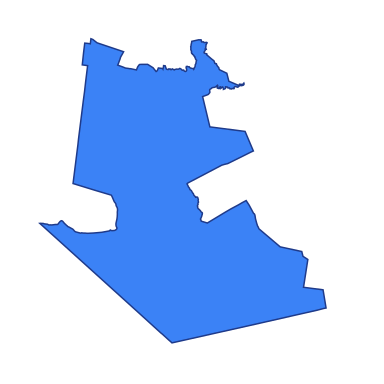 the district of Mwatate, Coast, Kenya, rotated 7°
{"feature_id": "3690345B41305477432813", "entity_name": "Mwatate", "entity_type": "district", "adm_level": 2, "iso_a3": "KEN", "parent_name": "Kenya", "parent_adm1": "Coast", "projection": "orthographic", "projection_center": [38.365, -3.735], "detail": "fine", "context": "isolated", "style": "filled", "palette": "blue", "viewbox_px": 384, "rotation_deg": 7, "n_neighbors": 0, "source": "geoboundaries", "source_scale": "gbopen_adm2", "svg_char_len": 5814}
<svg xmlns="http://www.w3.org/2000/svg" viewBox="0 0 384 384"><g transform="rotate(7 192 192)"><path d="M339.2,290.8L334.0,273.1L314.3,273.0L315.2,244.9L310.0,242.3L308.2,237.7L286.2,235.7L263.1,220.5L262.6,219.9L262.3,219.2L262.1,218.8L261.3,217.9L260.0,215.1L258.3,210.9L257.4,207.7L256.9,206.6L256.5,206.1L255.7,205.7L250.4,198.2L246.8,193.9L243.2,196.4L239.8,199.0L232.7,204.0L227.3,208.1L211.0,220.9L205.1,219.9L204.5,219.6L204.4,218.8L203.8,218.1L203.7,217.7L204.0,217.1L204.3,215.9L204.5,215.4L204.6,214.6L204.7,214.3L204.7,213.5L204.9,213.2L204.8,212.5L204.9,212.1L204.9,211.7L204.5,211.1L204.1,211.0L203.2,210.4L202.7,209.6L202.0,209.1L201.7,208.8L201.4,208.5L200.3,207.9L199.6,207.0L199.4,205.7L199.0,205.2L199.1,204.8L199.2,204.2L199.5,203.8L199.5,203.4L199.3,202.8L199.2,202.5L199.3,202.1L199.6,201.6L199.7,201.2L199.5,200.9L199.4,200.4L199.1,199.9L199.1,199.5L199.2,198.7L199.1,198.3L198.6,197.5L198.4,196.8L198.2,196.6L197.5,196.3L197.2,196.4L196.8,196.7L196.5,196.8L196.2,196.8L195.7,196.0L195.1,195.7L194.8,195.4L194.5,195.2L194.3,195.0L193.6,193.6L192.9,193.0L192.6,192.5L192.1,192.0L191.2,190.7L190.1,190.0L189.7,189.9L189.3,189.1L189.2,188.7L188.9,188.5L188.5,187.9L187.8,187.4L187.7,187.1L187.5,186.7L187.3,186.4L187.1,186.0L186.4,185.1L186.1,184.4L186.4,184.0L187.3,183.2L218.2,161.8L220.7,160.7L222.2,160.1L223.4,159.7L224.1,159.4L245.3,145.4L247.9,143.8L237.3,125.4L201.8,125.2L190.9,96.0L195.2,93.8L196.2,93.2L196.6,92.7L197.4,91.4L197.6,90.9L197.5,90.4L197.1,88.7L197.1,88.3L197.4,87.8L198.5,87.0L198.9,86.4L199.5,86.0L200.1,85.7L201.1,85.5L201.7,85.3L202.6,84.8L204.3,82.9L204.5,83.1L204.5,83.5L204.1,83.6L204.1,84.1L204.4,84.3L204.6,84.5L204.3,85.1L204.3,85.5L204.5,85.8L205.1,85.8L205.5,86.0L205.7,85.6L206.0,85.5L206.3,85.8L207.3,86.0L207.3,85.6L206.9,85.5L206.6,85.2L207.0,84.2L207.4,84.1L207.8,84.3L207.9,85.0L208.4,85.2L208.6,84.7L209.0,84.5L209.5,84.0L209.8,84.1L210.0,84.5L210.2,84.9L210.6,85.5L210.7,86.3L212.2,85.5L212.5,85.1L212.8,84.3L212.7,84.0L212.5,83.8L212.5,83.5L212.8,83.4L213.3,83.5L214.1,83.5L214.5,83.6L215.0,84.4L215.4,84.4L216.1,84.1L216.5,84.2L217.1,85.0L217.6,84.8L218.3,85.0L218.8,84.9L219.0,84.5L219.7,84.4L220.1,84.2L220.5,84.3L220.9,84.4L221.2,84.2L220.9,83.4L221.0,83.1L221.8,82.2L222.1,82.0L222.5,82.0L223.3,82.3L224.0,82.2L224.4,82.4L224.7,82.4L225.1,82.0L226.1,80.9L226.8,80.5L227.1,80.4L227.9,80.5L229.1,80.1L229.8,79.8L230.4,79.1L230.5,78.8L230.4,78.0L230.2,77.6L229.7,78.3L229.3,79.1L226.0,79.2L225.6,80.6L215.1,77.6L212.1,69.9L204.7,67.4L204.4,67.2L204.1,66.9L203.9,66.6L203.4,65.3L203.0,64.9L202.0,64.1L201.7,63.7L201.1,62.8L200.3,62.0L200.4,61.7L199.0,61.5L198.8,61.1L197.8,59.1L195.1,57.5L190.0,54.1L189.9,53.8L190.0,53.3L189.7,53.0L188.5,52.9L187.3,52.6L187.0,52.2L187.0,51.6L187.1,51.2L187.6,50.3L187.9,49.5L187.7,48.6L188.7,48.6L188.4,48.0L187.9,46.6L188.0,46.3L188.1,45.3L188.0,44.9L188.0,44.5L187.9,44.1L188.2,43.8L188.4,43.0L188.8,42.3L188.8,42.0L188.5,41.8L188.2,41.7L187.5,41.9L186.1,42.1L185.7,42.2L185.0,41.6L184.6,41.6L183.9,41.8L183.6,41.8L183.2,41.8L183.0,41.5L182.9,41.3L182.8,40.3L182.6,40.0L182.3,39.8L181.6,40.0L180.1,40.1L176.7,41.3L173.4,42.5L173.4,44.0L173.2,45.4L173.2,47.3L173.0,48.0L173.3,48.9L173.5,51.0L174.4,52.3L174.4,52.7L174.3,53.0L174.4,53.3L174.5,53.6L174.6,54.1L174.8,54.4L175.2,54.5L175.5,54.7L175.5,55.0L175.7,55.3L176.1,55.5L176.4,55.6L176.6,55.8L176.9,56.0L177.3,56.4L177.6,57.0L177.9,57.1L178.5,57.6L178.5,58.3L179.1,58.8L179.3,59.6L179.9,60.3L180.5,60.7L180.3,61.4L180.2,63.2L180.3,63.7L180.2,64.0L179.7,65.4L179.8,67.0L179.4,68.1L178.9,68.8L179.0,69.6L178.8,70.0L178.5,69.5L178.2,69.3L177.3,69.4L176.3,69.2L175.4,69.2L174.5,68.6L173.9,68.0L173.5,68.1L173.0,68.2L172.7,68.2L172.3,67.9L171.9,67.9L171.1,68.1L171.0,69.2L171.0,69.6L171.5,70.2L171.7,71.1L171.9,71.5L171.7,72.4L171.5,72.7L170.8,73.2L169.8,73.0L169.5,72.8L168.9,72.0L168.5,72.0L167.9,72.3L167.4,72.3L166.7,71.7L166.3,71.5L165.9,71.1L164.9,70.8L164.6,70.9L164.3,71.2L163.7,71.7L163.4,71.8L161.7,71.9L161.4,71.9L160.7,72.3L160.0,72.5L159.7,72.7L159.5,73.0L159.1,72.9L158.8,72.7L157.4,72.2L156.5,73.1L156.2,73.2L155.6,72.6L155.3,72.8L154.9,72.8L154.6,72.6L154.1,72.6L153.8,72.7L153.4,73.4L153.0,73.4L152.5,73.3L152.0,73.3L151.6,73.1L151.4,72.8L150.0,70.0L148.4,70.0L148.4,71.7L148.2,73.5L148.0,73.2L147.7,73.0L143.5,73.0L142.8,75.6L142.6,75.9L142.0,76.6L141.7,76.8L138.2,73.4L132.4,70.7L124.7,71.7L123.9,72.4L122.8,74.5L122.0,77.6L116.1,77.1L115.3,77.2L113.5,77.1L110.9,77.1L108.4,76.4L102.8,75.1L103.4,73.0L103.9,70.7L104.3,69.2L104.7,66.8L106.2,63.2L107.0,61.1L79.6,55.5L75.0,52.7L73.0,52.2L73.0,57.3L70.4,57.2L67.4,57.3L67.4,67.0L67.6,79.2L73.0,79.3L73.0,95.4L73.1,105.5L73.0,115.1L72.9,153.1L73.0,158.7L72.9,198.1L95.9,202.2L111.9,204.9L112.3,205.0L113.1,206.1L115.9,210.9L116.2,211.3L117.1,212.1L117.9,213.2L118.4,214.9L119.7,216.7L120.1,217.9L120.3,219.0L120.3,221.0L120.6,223.0L120.8,225.8L120.8,227.8L120.4,232.0L120.4,232.9L120.6,234.2L120.8,234.9L121.0,235.4L121.8,236.6L121.9,237.3L121.8,237.7L121.6,238.2L121.0,238.8L120.4,239.3L119.8,239.6L118.1,240.0L116.6,240.1L116.2,240.0L115.8,239.7L115.5,239.7L115.2,240.3L114.8,240.6L114.4,240.8L107.3,243.0L99.3,244.7L93.6,245.7L92.1,245.8L91.1,245.8L89.3,246.0L87.8,246.0L87.3,246.0L86.7,246.3L86.3,246.4L82.5,245.9L81.3,245.7L80.6,245.4L80.0,245.0L79.2,244.2L78.2,243.4L77.5,243.1L74.2,241.8L72.8,241.4L72.4,240.9L71.6,240.5L70.4,239.5L69.3,238.8L68.5,238.0L67.3,236.9L66.6,236.5L66.0,236.4L65.5,236.6L64.7,237.3L64.0,238.3L62.9,240.2L62.5,240.6L62.1,240.7L60.3,240.9L56.9,241.8L55.5,241.9L54.2,242.1L53.7,242.1L52.8,241.7L52.5,241.6L51.5,241.6L49.2,241.6L47.9,241.3L47.0,241.5L45.7,241.5L44.8,241.7L154.8,319.1L178.4,335.8L179.9,336.7L186.9,341.7L189.0,343.1L190.5,344.2L274.9,314.1L308.5,302.0L330.8,294.0L336.8,291.6L339.2,290.8Z" fill="#3b82f6" stroke="#1e3a8a" stroke-width="1.5"/></g></svg>